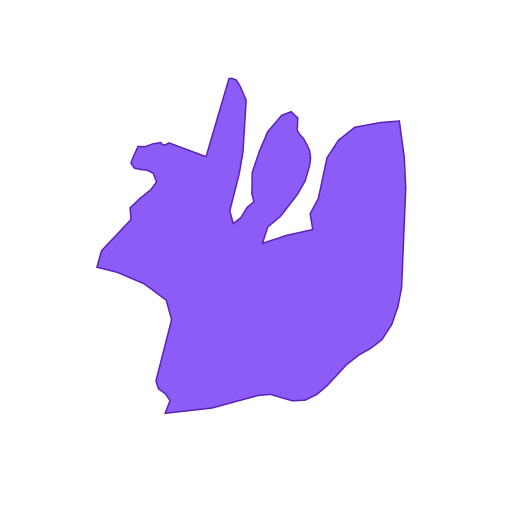 an SVG outline of Laguna, rotated 23°
{"feature_id": "PHL-2566", "entity_name": "Laguna", "entity_type": "Province", "adm_level": 1, "iso_a3": "PHL", "parent_name": "Philippines", "parent_adm1": "", "projection": "robinson", "projection_center": [121.266, 14.267], "detail": "fine", "context": "isolated", "style": "filled", "palette": "violet", "viewbox_px": 512, "rotation_deg": 23, "n_neighbors": 0, "source": "natural_earth", "source_scale": "10m", "svg_char_len": 1233}
<svg xmlns="http://www.w3.org/2000/svg" viewBox="0 0 512 512"><g transform="rotate(23 256 256)"><path d="M338.2,80.8L353.8,107.0L367.2,134.7L402.4,228.3L406.4,247.0L407.7,265.9L404.6,283.8L397.7,296.1L389.3,307.0L381.6,321.1L372.2,347.4L366.0,359.7L357.6,369.5L346.1,375.1L323.3,377.8L312.5,383.5L274.9,413.1L233.8,436.3L233.4,422.7L226.6,418.3L218.2,416.4L212.7,410.1L203.2,347.6L190.6,331.7L164.0,325.3L134.8,325.2L114.0,328.5L111.7,311.7L126.7,271.2L121.3,260.9L126.7,248.3L133.1,236.5L135.6,226.8L129.0,220.0L122.1,219.6L115.5,221.6L109.7,222.6L104.6,219.5L104.3,214.7L104.6,201.2L111.3,198.7L117.1,193.2L124.1,188.7L126.3,190.0L128.7,189.5L131.7,185.9L171.2,184.1L166.7,145.1L161.8,103.2L164.5,101.9L169.1,101.7L175.4,106.2L186.1,116.5L203.3,165.2L208.4,186.7L214.2,224.6L222.4,235.1L227.1,226.5L228.9,214.6L232.9,206.9L227.9,200.4L219.9,180.6L218.2,158.2L218.2,137.0L224.7,116.5L232.0,109.4L240.5,112.6L244.9,124.3L249.2,127.3L253.9,129.4L259.2,133.5L264.2,138.1L267.9,144.4L270.0,151.6L271.9,167.3L270.1,183.0L263.1,209.7L255.5,224.6L257.0,241.8L276.4,224.8L297.9,209.5L289.3,195.8L290.9,178.8L283.0,137.8L286.7,117.2L296.6,98.9L318.4,84.5L335.2,75.7L338.2,80.8Z" fill="#8b5cf6" stroke="#5b21b6" stroke-width="1.5"/></g></svg>